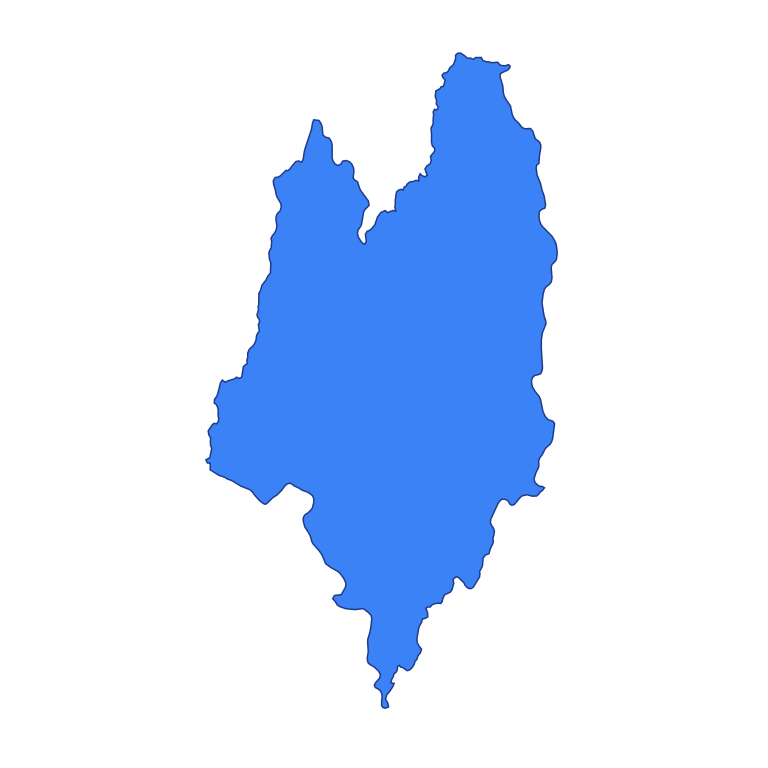 the district of Corinto, Minas Gerais, Brazil, rotated 175°
{"feature_id": "56859067B40902909569794", "entity_name": "Corinto", "entity_type": "district", "adm_level": 2, "iso_a3": "BRA", "parent_name": "Brazil", "parent_adm1": "Minas Gerais", "projection": "equal_earth", "projection_center": [-44.609, -18.312], "detail": "fine", "context": "isolated", "style": "filled", "palette": "blue", "viewbox_px": 768, "rotation_deg": 175, "n_neighbors": 0, "source": "geoboundaries", "source_scale": "gbopen_adm2", "svg_char_len": 6129}
<svg xmlns="http://www.w3.org/2000/svg" viewBox="0 0 768 768"><g transform="rotate(175 384 384)"><path d="M453.8,174.6L451.3,171.2L449.9,168.1L447.5,166.1L441.7,163.5L432.6,161.8L424.1,162.0L419.5,157.8L417.1,154.8L416.6,151.3L418.3,142.7L419.8,137.6L422.4,131.1L422.8,128.4L423.0,118.7L424.5,112.9L424.6,109.9L424.0,107.3L421.6,105.1L419.1,103.6L414.6,98.8L413.0,95.0L413.8,91.6L418.5,87.1L419.9,84.8L419.0,82.3L416.5,80.8L414.2,78.4L413.1,75.3L413.2,72.0L413.8,69.4L414.4,64.0L413.4,61.9L410.9,60.9L407.6,61.9L408.1,66.1L409.9,69.6L408.4,74.2L405.4,76.9L401.7,81.6L400.0,84.9L403.3,85.7L401.9,89.4L400.2,91.8L399.3,94.4L397.2,95.7L395.7,97.9L395.2,101.2L393.4,102.5L392.1,100.5L390.2,100.0L386.0,96.4L384.0,96.7L381.9,97.9L379.9,100.0L378.3,102.2L377.3,105.0L375.2,106.8L373.8,110.4L371.2,113.0L369.7,116.5L372.2,120.3L373.5,123.6L373.3,127.9L370.8,137.3L369.5,140.3L367.4,143.1L366.3,146.4L363.8,146.9L360.7,148.1L360.5,151.9L361.7,157.1L359.8,158.1L357.4,157.8L355.3,159.9L352.8,160.7L349.5,161.0L346.7,160.4L345.1,162.0L344.0,165.2L342.0,168.8L336.1,170.9L334.2,173.1L331.9,179.4L332.2,183.3L329.8,185.2L327.4,185.5L321.7,179.0L320.8,176.4L319.4,174.6L317.6,172.9L314.9,172.6L312.6,174.0L305.7,183.3L305.0,186.2L305.2,188.7L301.8,194.2L300.4,202.1L297.8,204.8L294.3,205.7L292.2,211.1L289.6,215.4L288.7,217.7L289.0,221.0L287.8,223.6L286.8,227.8L287.7,231.2L289.2,233.8L290.1,236.5L289.4,240.0L280.9,254.9L278.6,257.6L276.5,259.0L274.2,258.8L271.6,257.7L270.1,255.8L269.0,253.3L267.2,252.1L264.8,252.5L258.2,259.1L255.9,260.6L251.0,261.2L246.3,259.4L241.9,259.1L239.4,260.8L237.7,262.9L235.4,264.2L233.2,266.6L235.6,268.3L237.8,268.4L239.9,270.1L242.2,272.8L242.8,276.3L240.4,282.4L237.5,287.1L236.7,290.1L236.7,293.6L235.5,296.5L232.2,300.3L229.4,305.0L227.8,306.6L224.0,309.3L222.0,311.9L220.7,315.2L217.5,329.6L219.0,332.1L223.7,334.3L226.1,337.3L228.0,342.5L229.5,355.4L230.7,358.4L234.1,363.4L236.3,368.1L236.8,371.0L236.8,374.1L235.7,377.3L233.0,379.5L229.7,379.8L226.9,380.7L225.2,384.0L224.7,386.6L224.2,406.0L223.3,414.8L221.7,421.3L217.4,429.8L217.4,433.2L218.5,437.4L218.9,441.5L219.5,451.0L217.7,459.6L215.8,464.7L213.6,467.0L211.0,468.5L208.5,471.0L207.4,475.1L207.3,485.4L206.3,488.4L202.4,491.6L201.2,493.6L200.0,499.5L200.1,505.5L200.6,509.5L201.9,512.8L203.6,516.3L212.9,527.7L214.0,530.1L214.8,533.2L215.0,537.3L214.6,540.5L213.8,542.8L211.5,544.3L208.4,545.2L207.4,548.4L208.1,557.4L209.7,563.5L210.6,570.0L213.3,579.0L213.6,585.9L212.9,588.7L210.5,590.3L209.1,598.5L207.4,604.9L207.0,608.5L208.0,611.5L211.9,615.1L213.9,623.2L216.0,625.8L221.1,625.9L223.9,627.3L227.4,632.4L230.1,635.4L232.0,638.6L232.9,642.0L233.8,650.0L237.2,656.0L239.1,660.1L239.7,663.7L239.7,670.8L241.5,679.3L241.3,682.5L239.5,683.8L233.8,685.8L231.7,687.2L230.6,689.7L232.2,691.3L235.5,690.4L238.4,690.9L240.6,691.6L242.6,694.6L248.6,694.7L250.8,695.6L254.0,696.2L257.2,697.5L258.7,700.8L264.5,701.2L266.8,699.6L269.6,701.2L272.5,701.2L274.9,703.8L278.8,707.0L281.7,707.1L284.0,705.4L284.3,702.0L286.8,696.3L290.8,693.3L292.8,690.1L294.8,688.5L297.1,688.6L299.2,686.6L298.6,684.0L296.6,681.6L297.7,678.1L299.2,675.1L301.1,675.2L302.5,673.3L306.8,671.5L307.9,666.0L306.9,662.3L307.5,658.3L305.7,655.1L307.6,652.3L309.8,653.2L311.3,650.8L311.1,648.3L312.1,642.4L312.3,639.3L313.3,637.1L314.8,635.0L314.9,628.4L315.6,620.9L315.1,617.0L313.3,614.9L312.9,611.9L317.9,606.7L317.5,602.7L318.8,599.3L322.1,597.7L324.4,594.8L323.8,591.6L322.7,588.3L325.3,586.8L328.2,588.4L329.7,590.3L331.5,587.0L331.6,583.3L334.3,584.1L337.4,583.2L340.8,583.0L343.6,581.1L344.9,579.0L346.7,578.5L348.0,575.5L349.9,576.5L352.4,575.9L354.6,574.5L355.5,571.9L357.0,564.6L357.1,561.6L357.8,559.2L357.1,555.1L359.8,556.1L365.6,554.5L367.7,556.7L372.2,555.1L375.9,551.0L379.3,543.3L383.1,539.5L385.2,538.2L387.5,537.6L389.5,534.7L389.2,527.8L390.7,525.1L392.8,525.8L394.7,528.5L396.6,532.2L397.4,536.1L396.6,539.3L393.3,543.4L392.3,545.6L389.3,557.1L387.8,559.4L383.3,563.2L383.7,567.8L389.7,577.6L391.1,580.6L392.8,587.9L395.1,589.5L396.8,591.7L395.4,598.8L395.5,601.7L396.8,605.8L399.0,608.3L402.0,609.9L405.6,609.7L407.7,607.1L409.5,606.0L411.6,605.9L414.0,607.9L415.6,611.4L415.9,614.1L414.9,625.9L415.2,629.9L417.3,633.9L420.9,635.0L423.2,637.6L423.2,645.5L424.1,649.2L425.8,652.2L431.0,653.3L432.5,650.1L434.1,643.9L442.1,625.4L443.1,622.6L445.0,614.6L446.7,612.2L449.6,613.6L452.3,613.3L456.4,609.4L458.7,606.7L461.2,604.9L463.1,605.3L468.8,600.6L471.2,599.4L474.4,599.2L476.5,596.4L476.6,593.0L475.2,585.8L475.0,582.7L474.3,579.7L471.0,572.6L471.0,568.9L472.7,565.1L474.6,563.9L476.0,562.1L477.0,559.6L477.3,556.8L476.9,550.6L478.1,546.6L480.0,543.7L482.0,541.8L483.9,538.9L483.5,535.4L484.6,529.2L486.2,527.1L487.3,524.5L487.2,518.2L486.2,514.5L487.5,504.4L490.2,501.7L492.4,498.0L497.0,492.9L498.8,488.0L500.7,485.3L501.9,474.3L502.7,471.5L502.6,468.7L504.5,464.0L504.0,461.4L502.7,459.3L502.5,456.7L504.0,454.2L503.6,447.6L505.3,445.8L506.8,443.1L507.6,439.1L509.0,436.1L511.1,433.5L515.2,430.3L517.1,426.7L517.4,422.6L518.5,419.7L518.5,416.2L520.4,415.2L522.6,413.5L525.1,403.3L527.7,402.2L530.2,403.6L532.9,402.0L537.7,401.1L542.1,399.7L544.8,402.0L546.9,399.2L550.4,388.9L551.9,386.0L554.0,383.8L554.8,379.8L552.8,378.2L551.8,375.3L551.4,372.4L552.0,366.5L551.7,363.2L552.8,360.4L554.5,358.8L556.6,359.7L558.5,358.4L563.2,352.7L563.0,348.8L561.4,345.3L562.1,341.2L562.1,337.8L561.2,335.0L563.9,325.9L568.0,323.9L566.8,320.7L564.0,320.3L564.6,313.6L556.2,307.3L551.2,305.2L548.4,303.1L543.8,300.9L535.7,294.9L526.7,290.3L524.4,287.9L522.7,284.8L518.1,278.6L514.4,275.3L512.5,274.5L510.4,275.7L504.8,280.4L500.2,282.8L495.5,286.8L491.6,291.1L489.3,292.8L486.5,293.5L484.4,292.3L482.6,290.5L477.5,287.5L474.9,285.4L470.5,283.4L467.5,281.4L464.9,279.0L463.9,275.6L464.2,272.5L466.1,266.9L467.8,264.8L471.3,262.0L473.7,260.9L475.6,258.8L476.3,256.4L476.3,253.7L475.2,248.2L472.0,242.2L470.6,238.7L469.6,233.3L468.4,230.6L463.2,223.6L461.2,220.2L459.8,216.8L457.9,210.2L452.8,205.7L446.8,201.7L444.5,199.5L441.2,194.1L439.9,190.9L439.3,188.1L440.2,184.7L444.9,177.9L451.8,177.6L453.8,174.6Z" fill="#3b82f6" stroke="#1e3a8a" stroke-width="1.5"/></g></svg>